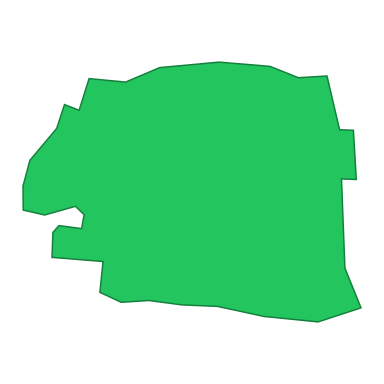 Zarbdar, Jizzakh, Uzbekistan (Mercator projection)
{"feature_id": "79887680B43682608044415", "entity_name": "Zarbdar", "entity_type": "district", "adm_level": 2, "iso_a3": "UZB", "parent_name": "Uzbekistan", "parent_adm1": "Jizzakh", "projection": "mercator", "projection_center": [68.136, 40.115], "detail": "fine", "context": "isolated", "style": "filled", "palette": "green", "viewbox_px": 384, "rotation_deg": 0, "n_neighbors": 0, "source": "geoboundaries", "source_scale": "gbopen_adm2", "svg_char_len": 530}
<svg xmlns="http://www.w3.org/2000/svg" viewBox="0 0 384 384"><path d="M121.2,302.3L148.8,300.5L182.0,304.9L217.4,306.4L264.2,316.5L318.1,321.9L361.0,307.8L344.9,268.1L341.5,178.9L356.3,179.5L353.4,130.3L339.6,129.7L327.0,76.0L298.3,77.7L270.1,66.4L219.0,62.1L159.6,67.6L125.5,82.1L89.1,78.6L79.1,110.3L64.5,104.6L56.7,128.4L29.9,160.3L23.0,186.1L23.2,210.1L44.6,215.0L75.5,206.3L84.1,214.7L81.6,228.6L59.0,225.6L52.9,232.4L52.0,257.4L103.0,261.5L99.9,292.4L121.2,302.3Z" fill="#22c55e" stroke="#15803d" stroke-width="1.5"/></svg>